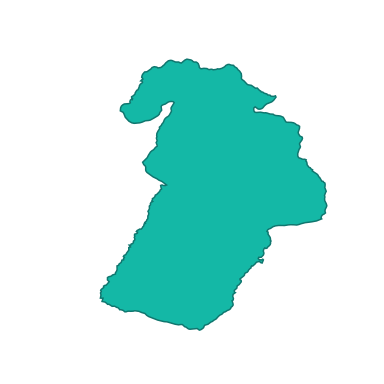 São Francisco, Minas Gerais, Brazil, rotated 247°
{"feature_id": "56859067B81590421607020", "entity_name": "São Francisco", "entity_type": "district", "adm_level": 2, "iso_a3": "BRA", "parent_name": "Brazil", "parent_adm1": "Minas Gerais", "projection": "equal_earth", "projection_center": [-44.83, -15.858], "detail": "fine", "context": "isolated", "style": "filled", "palette": "teal", "viewbox_px": 384, "rotation_deg": 247, "n_neighbors": 0, "source": "geoboundaries", "source_scale": "gbopen_adm2", "svg_char_len": 6060}
<svg xmlns="http://www.w3.org/2000/svg" viewBox="0 0 384 384"><g transform="rotate(247 192 192)"><path d="M316.3,239.2L316.2,236.9L314.9,232.6L315.7,231.4L316.8,230.6L318.1,227.6L321.1,224.7L321.7,223.3L322.0,221.4L321.1,218.3L319.9,216.1L319.6,214.7L319.1,213.6L318.8,212.0L319.5,209.1L320.7,208.4L322.1,206.2L322.2,203.9L321.3,202.2L320.3,197.6L321.0,195.2L319.6,192.5L318.5,191.4L317.2,190.5L316.2,190.9L315.1,190.9L314.9,189.6L314.3,188.2L313.5,189.4L312.4,189.4L311.8,188.4L311.5,186.8L310.6,185.3L309.5,184.6L307.2,182.2L307.2,180.9L305.5,178.5L304.5,177.9L303.6,175.8L303.3,173.6L302.1,173.2L301.2,173.8L300.3,173.1L301.0,172.3L300.7,171.2L299.6,170.2L298.2,170.1L298.0,168.5L299.5,164.0L299.2,162.0L298.6,160.5L297.4,159.2L294.7,157.7L292.3,159.7L290.7,159.9L286.8,159.8L281.8,161.6L279.2,163.6L277.8,165.6L276.1,170.9L275.8,173.3L275.8,176.9L274.8,180.0L274.5,181.6L274.9,185.5L275.6,190.4L276.4,192.3L277.7,193.4L279.1,196.0L282.8,197.0L283.5,198.1L283.6,199.8L283.4,201.7L283.9,204.3L284.1,205.6L283.9,206.9L283.4,208.4L282.5,210.0L281.3,210.5L280.5,209.6L277.8,205.8L276.8,205.2L274.6,204.8L273.5,203.6L271.4,200.8L270.9,199.5L270.7,197.8L270.2,196.2L269.4,194.9L267.2,192.7L266.1,190.5L265.3,189.9L264.4,187.3L263.0,187.0L261.4,184.6L259.7,182.6L257.5,181.4L256.5,181.3L255.6,180.3L254.4,180.1L253.2,180.1L252.3,179.4L251.5,178.3L248.8,178.2L247.7,177.8L247.4,175.9L245.9,173.2L245.7,171.5L245.1,169.5L242.9,166.3L241.1,164.2L238.7,158.2L236.1,158.3L233.9,159.2L232.7,159.0L230.5,158.0L229.3,157.8L227.6,158.2L221.1,162.1L217.9,164.9L215.8,166.2L213.4,168.5L208.4,171.3L208.4,169.8L209.1,168.3L210.2,167.1L210.3,165.7L208.0,165.2L206.7,165.2L206.3,163.6L205.2,162.5L203.5,158.5L203.5,157.0L202.2,156.0L201.5,154.4L201.4,153.0L200.4,152.6L199.5,151.6L198.6,152.1L198.5,150.4L197.7,149.2L196.4,148.8L195.7,147.2L193.5,146.4L192.7,145.7L191.4,143.9L190.2,144.0L189.0,143.7L187.8,142.9L187.2,142.0L184.7,140.9L184.1,139.6L183.0,138.6L182.4,136.6L181.3,136.8L181.3,135.4L179.6,134.3L179.1,133.0L178.1,131.8L177.7,130.6L178.3,129.5L178.0,126.4L177.3,125.3L176.3,126.2L175.4,125.6L175.4,124.1L175.6,122.7L174.7,122.1L173.7,122.2L172.8,121.1L171.3,121.1L170.3,120.6L169.6,118.8L168.4,118.3L167.7,117.2L167.9,115.7L167.0,114.8L167.6,113.4L165.5,113.9L165.6,112.1L163.2,111.1L161.3,107.9L160.2,106.6L160.2,104.8L159.4,103.6L158.2,104.2L157.5,103.0L156.3,102.6L156.7,100.9L154.8,99.3L154.2,96.7L153.2,95.8L153.3,94.1L150.0,92.8L148.6,91.6L147.6,90.0L146.4,89.5L146.7,86.3L146.2,85.3L146.2,84.1L146.5,82.5L146.3,80.8L144.1,79.8L141.8,80.7L139.8,76.7L140.1,75.3L139.9,73.8L138.6,73.4L137.8,70.4L137.2,69.5L135.9,69.7L134.8,68.3L132.8,68.0L130.1,66.2L129.0,68.6L126.4,66.4L124.7,68.9L123.0,69.9L121.6,70.4L121.1,71.7L118.0,73.8L117.1,76.2L115.3,77.5L114.5,78.6L113.3,79.2L111.9,79.4L111.4,80.6L109.9,82.4L108.0,83.3L107.5,84.4L107.4,85.9L107.0,87.4L106.3,88.6L105.3,91.3L105.0,93.0L102.9,96.5L100.7,98.6L98.6,101.2L96.1,102.2L94.3,103.4L87.5,110.4L83.6,115.6L82.2,118.3L76.8,124.9L75.0,127.7L74.4,130.0L73.7,131.4L70.9,132.6L70.0,133.7L67.4,135.2L66.5,136.4L64.3,143.4L62.0,144.8L61.8,146.2L62.1,148.1L62.6,149.7L63.7,150.6L64.4,151.8L64.0,155.0L64.9,158.6L64.9,160.4L65.4,161.8L65.7,164.6L67.2,167.7L67.8,169.7L67.8,171.7L68.9,174.3L68.7,176.1L69.1,177.8L69.1,180.6L69.6,182.0L70.6,182.9L71.0,184.4L71.9,185.7L73.2,186.1L76.3,186.4L76.5,187.7L77.7,188.5L80.0,188.7L81.8,189.9L82.4,192.6L83.4,191.9L84.9,192.5L85.9,195.6L88.0,197.0L88.3,199.1L90.1,202.3L91.5,202.7L92.3,201.9L93.2,202.1L94.5,206.8L95.1,207.9L96.0,208.4L96.6,209.4L96.6,211.5L97.1,212.6L98.0,213.5L98.8,215.3L99.1,216.7L100.0,217.1L100.7,218.0L100.1,218.9L101.1,221.9L102.2,223.9L101.8,226.9L100.2,227.6L99.2,228.8L101.6,231.2L102.5,230.9L102.3,229.5L102.9,228.3L103.9,227.2L104.8,226.9L105.8,227.8L104.9,230.3L106.1,233.1L107.2,234.1L108.5,234.5L109.8,234.5L111.6,236.1L112.1,237.2L111.2,237.8L111.0,239.1L111.9,240.5L112.3,242.0L113.0,243.4L114.1,244.3L115.3,244.7L116.0,245.6L116.9,245.2L117.7,245.8L119.7,246.2L123.7,245.5L124.5,246.1L125.5,246.3L126.4,245.6L127.6,246.9L127.9,248.3L127.8,250.1L128.4,252.9L128.2,255.7L127.3,258.9L125.0,264.1L124.1,267.8L123.5,269.6L122.2,272.6L120.7,275.5L120.3,277.8L120.2,279.8L119.6,284.0L117.8,290.4L116.7,295.4L116.6,300.9L117.6,300.6L119.4,302.0L120.0,303.4L120.1,305.1L120.6,306.7L122.4,306.9L123.8,307.7L126.0,310.2L126.9,310.8L128.8,311.0L132.2,310.8L134.2,311.5L135.5,312.4L137.0,312.6L139.1,314.5L140.2,315.8L144.5,316.0L145.3,316.7L147.2,317.6L148.4,317.8L149.5,317.0L150.6,316.8L151.3,315.7L155.5,315.2L156.6,314.6L158.2,314.6L159.6,314.1L164.4,310.9L165.2,311.7L167.1,310.4L168.0,310.4L169.1,309.3L172.2,308.6L173.5,309.1L175.0,309.3L176.1,308.9L177.0,309.7L178.1,308.6L178.7,307.0L179.6,305.9L180.6,305.1L181.3,304.0L182.5,303.5L183.7,303.4L186.0,304.3L189.4,307.2L190.4,308.7L191.3,309.5L194.3,309.7L195.2,310.7L196.9,313.5L198.1,314.6L199.4,314.9L201.4,313.2L203.8,312.8L205.4,313.0L208.7,315.9L210.4,316.7L211.9,315.8L212.9,314.6L214.9,313.5L216.1,312.4L217.4,310.4L219.2,306.4L220.1,305.8L225.1,305.2L227.2,303.3L228.2,301.8L229.5,299.3L230.5,297.9L231.9,297.1L233.3,294.3L235.4,291.9L236.3,290.5L236.6,289.4L238.7,286.3L240.1,282.2L241.1,280.9L242.4,280.7L244.3,281.2L245.2,281.8L245.7,283.4L242.5,285.3L241.7,286.9L241.5,288.8L241.9,290.3L243.1,292.5L243.9,295.1L243.8,300.5L244.5,302.9L246.5,306.4L247.9,306.4L248.1,304.6L248.8,303.1L249.4,302.1L250.6,301.7L251.9,299.5L252.9,299.3L254.8,297.0L256.3,296.2L257.1,294.8L258.1,294.7L259.0,293.9L262.2,292.7L262.7,291.0L267.0,288.3L268.7,285.6L269.5,284.9L273.9,283.3L276.2,281.9L277.5,281.9L279.0,282.8L281.7,283.6L284.1,283.2L285.1,282.9L286.3,282.2L288.6,281.7L290.8,280.1L292.3,279.8L293.6,277.5L295.0,276.0L295.4,274.7L295.3,272.7L294.5,270.9L294.2,267.8L294.6,265.0L295.4,263.7L295.4,262.1L296.2,259.3L297.1,258.4L297.6,257.5L297.8,256.0L298.5,254.9L299.8,254.0L301.2,251.3L301.9,248.5L302.8,247.8L304.0,247.4L305.1,247.8L307.7,247.9L309.1,247.3L310.1,246.5L310.6,245.0L311.7,243.9L312.7,243.6L313.9,242.7L316.3,239.2Z" fill="#14b8a6" stroke="#0f766e" stroke-width="1.5"/></g></svg>